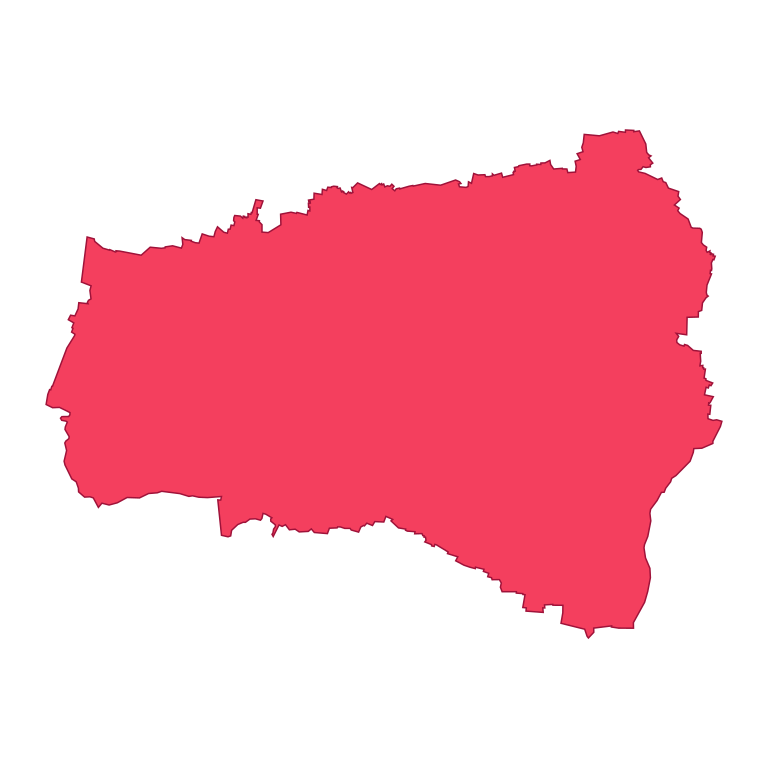 the district of Bang Pla Ma, Suphan Buri, Thailand
{"feature_id": "78962969B17811208429126", "entity_name": "Bang Pla Ma", "entity_type": "district", "adm_level": 2, "iso_a3": "THA", "parent_name": "Thailand", "parent_adm1": "Suphan Buri", "projection": "albers", "projection_center": [100.134, 14.346], "detail": "fine", "context": "isolated", "style": "filled", "palette": "rose", "viewbox_px": 768, "rotation_deg": 0, "n_neighbors": 0, "source": "geoboundaries", "source_scale": "gbopen_adm2", "svg_char_len": 6077}
<svg xmlns="http://www.w3.org/2000/svg" viewBox="0 0 768 768"><path d="M639.4,130.9L633.8,131.7L633.8,130.4L625.5,130.0L625.4,132.3L618.6,131.4L617.8,133.5L613.0,132.0L599.4,135.8L584.2,134.4L583.3,142.8L581.8,147.3L583.0,151.7L577.1,153.7L580.3,159.5L575.1,161.2L576.2,166.3L575.5,172.1L567.8,172.6L566.9,169.0L562.4,168.9L562.3,168.3L553.7,169.0L550.6,164.5L549.9,160.4L545.0,162.9L540.9,163.0L540.8,164.5L536.7,164.2L536.8,164.9L531.4,165.9L529.7,165.7L529.8,164.1L526.6,164.1L518.9,165.7L518.2,166.7L514.4,167.5L515.2,171.1L513.8,171.3L513.9,172.1L513.1,172.4L513.5,174.6L502.7,177.3L501.5,173.1L494.0,175.3L492.4,173.9L492.4,175.8L489.1,176.6L485.5,176.6L484.9,174.7L478.0,175.0L473.7,173.5L471.5,183.3L468.5,181.8L468.1,186.5L466.1,187.4L459.5,186.8L458.5,184.0L460.9,183.5L459.5,181.7L455.6,180.0L440.6,185.2L425.2,183.5L413.2,186.1L412.9,185.5L409.2,186.2L399.8,188.9L399.6,188.1L396.2,188.8L394.8,190.8L392.2,188.7L394.0,186.3L391.8,184.2L389.9,186.3L387.4,185.8L384.8,186.9L383.7,184.0L382.0,184.9L381.6,183.6L380.2,184.5L379.4,183.6L371.7,189.5L357.6,182.9L352.9,187.6L351.7,187.4L352.9,192.5L351.1,193.3L350.7,192.4L349.4,193.0L348.6,191.8L346.4,194.1L343.4,192.4L343.8,191.9L342.6,191.0L341.5,191.8L340.1,188.0L338.1,188.4L337.0,187.7L337.4,186.6L333.7,186.2L331.4,186.8L331.2,187.5L327.8,187.2L326.6,190.5L322.4,189.3L322.0,194.5L314.1,193.2L313.9,199.2L308.5,200.1L308.8,201.7L310.1,201.5L310.3,203.1L308.4,203.3L308.6,207.3L309.8,207.1L309.9,210.0L309.8,211.0L308.0,210.4L307.1,215.0L296.9,212.4L296.4,213.4L291.0,212.2L280.6,214.2L280.9,224.8L268.2,232.6L262.0,232.1L262.0,224.7L259.3,221.9L259.4,220.7L256.1,220.4L258.2,214.4L257.2,214.3L257.2,207.8L260.4,208.2L263.0,201.0L255.9,199.7L252.1,212.7L251.3,212.5L250.9,214.3L248.0,213.7L248.1,217.0L246.9,217.0L246.8,217.8L244.8,217.4L244.9,216.5L243.3,216.1L242.8,218.2L240.5,216.1L234.7,215.5L233.9,217.5L233.6,220.7L234.8,221.9L233.9,225.6L231.1,225.1L230.1,229.2L228.3,229.2L227.4,233.2L223.7,232.2L217.5,226.8L215.3,231.4L213.9,236.7L209.1,236.2L202.2,233.9L199.0,243.1L195.3,242.7L191.1,241.2L191.3,240.4L184.8,239.6L182.1,237.7L182.8,244.4L181.4,248.1L172.6,245.8L165.2,246.9L165.1,247.8L161.4,248.3L150.2,247.2L141.2,255.2L119.8,251.1L116.4,250.8L116.8,251.3L115.4,252.0L109.7,249.6L109.4,250.1L102.9,248.2L94.7,241.4L94.2,238.9L87.1,237.0L81.4,282.1L91.1,285.8L89.9,290.5L91.0,298.9L88.5,300.3L87.4,302.4L88.0,303.7L78.8,302.7L78.1,308.9L74.9,315.9L70.6,315.2L68.3,319.7L73.8,322.9L71.9,327.7L73.0,328.3L71.6,332.1L74.9,334.2L74.6,335.6L66.9,348.0L52.5,386.2L51.8,386.3L50.7,389.9L49.6,389.6L47.8,394.4L46.1,404.5L52.6,407.7L59.5,407.4L70.0,412.6L69.9,414.9L68.6,416.5L61.9,416.6L60.5,418.2L61.7,420.3L65.9,421.1L67.3,422.1L65.3,427.0L65.0,429.5L69.2,436.7L68.8,438.7L65.8,441.1L64.8,443.0L66.6,450.5L64.1,461.2L65.0,465.0L71.8,478.9L76.2,481.8L78.4,488.1L78.6,491.9L84.6,497.1L90.0,496.8L93.3,497.9L98.4,507.4L101.9,503.2L109.1,505.0L117.3,502.8L127.1,497.5L139.5,497.9L148.6,493.5L157.3,492.8L161.7,491.3L179.9,493.6L188.9,496.4L192.5,495.8L198.7,497.2L207.5,497.6L221.5,496.5L220.7,500.1L217.8,499.9L221.5,535.3L228.0,536.8L230.7,535.9L231.6,530.3L237.8,524.5L243.1,522.3L245.5,522.3L249.9,519.1L255.4,518.8L260.5,520.2L261.9,518.5L263.0,513.4L265.8,514.2L271.9,517.8L270.7,519.0L270.8,521.2L275.3,524.8L275.4,526.6L273.6,529.1L272.9,533.1L272.0,534.3L273.2,536.5L279.0,525.0L282.2,526.4L285.5,524.7L289.4,529.8L295.2,529.2L299.2,531.9L308.3,531.4L311.3,528.9L314.3,532.5L327.4,533.6L329.4,528.2L337.1,527.9L337.6,526.9L340.2,526.9L344.8,528.4L350.1,528.4L351.2,530.0L358.6,532.1L360.8,527.0L363.5,525.5L364.4,525.9L366.8,523.2L372.5,525.5L374.8,521.6L383.8,522.0L385.9,516.4L392.7,519.4L391.0,520.9L398.5,527.9L405.7,529.1L405.5,530.2L407.3,531.1L415.0,531.7L414.7,533.8L422.0,533.6L422.8,535.6L424.0,535.7L424.0,537.1L425.5,537.2L426.0,540.3L424.8,541.9L431.5,544.6L431.6,545.9L434.2,546.5L434.8,544.4L436.4,544.8L448.2,552.0L447.5,553.6L457.8,556.8L455.7,560.8L464.0,565.2L469.9,567.2L475.3,568.6L475.5,567.2L484.0,569.3L483.4,571.4L488.7,573.3L487.7,576.7L491.5,577.7L492.1,579.7L499.4,579.6L501.3,583.0L500.4,587.2L502.1,591.7L516.4,591.7L516.3,593.1L522.8,593.6L522.9,594.5L525.0,594.7L522.8,607.5L526.3,607.9L526.0,611.1L543.2,612.4L542.8,607.9L544.8,607.9L544.5,604.9L552.8,604.4L552.9,605.2L562.9,605.3L562.8,612.8L561.0,623.3L584.7,629.2L587.1,636.3L588.4,638.0L593.8,632.3L593.7,628.1L611.6,625.9L611.4,627.0L618.6,628.1L633.5,628.2L633.4,622.6L644.6,602.3L647.7,591.5L650.4,577.7L649.9,568.3L645.5,557.9L644.0,547.8L644.5,544.6L647.8,536.4L650.8,520.9L649.9,513.3L650.6,509.2L657.1,500.5L661.4,492.4L664.2,492.2L665.7,488.2L670.6,481.8L671.7,478.3L675.9,475.6L690.1,461.2L693.3,452.4L693.8,448.6L701.9,448.2L712.9,443.4L712.9,441.2L720.4,426.5L721.9,421.3L716.7,419.8L713.0,420.4L708.0,418.7L707.9,414.1L709.8,414.3L710.8,405.3L708.5,405.2L708.7,402.9L709.5,403.2L710.4,402.1L713.3,396.7L704.5,394.8L706.1,387.3L708.3,388.0L709.3,385.0L711.0,385.7L712.7,383.0L706.0,380.4L705.9,378.7L704.1,378.1L705.4,369.1L703.7,369.1L703.7,367.8L702.7,367.7L702.8,365.4L699.9,365.8L700.7,361.3L700.2,353.2L701.2,353.3L701.2,351.3L693.3,350.4L687.6,345.4L684.5,344.5L684.0,346.1L679.7,344.8L676.9,342.5L676.7,339.9L678.7,336.4L676.2,333.3L686.7,334.8L687.1,317.3L698.3,317.0L698.4,311.6L701.7,310.4L702.5,302.9L706.0,297.8L708.2,296.1L706.9,295.0L706.3,292.5L707.0,285.1L711.5,273.9L710.1,273.6L710.5,270.3L711.5,270.5L711.8,268.8L711.4,262.9L712.9,259.5L713.9,259.8L715.2,256.2L713.0,255.8L713.5,254.3L711.1,253.6L710.9,254.6L710.3,254.4L710.8,252.7L709.7,252.5L709.9,250.9L707.2,252.3L706.1,250.4L706.7,247.2L703.3,244.9L701.4,242.5L702.3,232.4L701.2,229.2L699.8,228.3L692.9,228.1L691.2,227.3L688.1,219.0L680.0,213.5L677.7,210.7L679.1,208.1L674.4,205.0L680.4,199.5L678.0,196.2L678.7,191.6L668.4,188.1L665.8,182.6L663.2,181.7L661.7,178.0L657.7,179.5L645.1,173.4L638.7,171.9L637.6,170.4L638.4,169.6L641.0,169.4L643.1,166.7L645.9,167.5L650.4,166.8L650.3,164.8L652.8,163.1L648.6,157.8L651.0,155.9L648.8,154.9L646.7,152.4L645.8,144.0L639.4,130.9Z" fill="#f43f5e" stroke="#9f1239" stroke-width="1.5"/></svg>